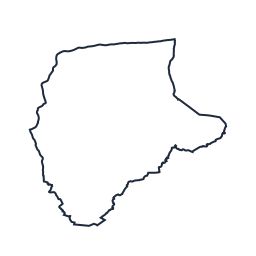 the district of Bikita, Masvingo, Zimbabwe, rotated 258°
{"feature_id": "62879985B26822606878793", "entity_name": "Bikita", "entity_type": "district", "adm_level": 2, "iso_a3": "ZWE", "parent_name": "Zimbabwe", "parent_adm1": "Masvingo", "projection": "equal_earth", "projection_center": [31.804, -20.202], "detail": "fine", "context": "isolated", "style": "outline", "palette": "slate", "viewbox_px": 256, "rotation_deg": 258, "n_neighbors": 0, "source": "geoboundaries", "source_scale": "gbopen_adm2", "svg_char_len": 5621}
<svg xmlns="http://www.w3.org/2000/svg" viewBox="0 0 256 256"><g transform="rotate(258 128 128)"><path d="M215.9,77.0L215.6,76.6L214.8,74.4L213.8,73.3L211.8,72.4L209.5,72.0L207.5,72.0L206.5,71.7L205.4,71.5L204.0,70.1L203.4,69.1L203.0,67.9L202.2,67.2L201.7,66.9L199.8,66.6L198.8,65.6L197.7,64.3L197.1,63.8L195.8,62.2L194.0,61.3L191.3,59.5L190.8,58.7L189.9,54.1L189.5,53.3L188.8,52.7L187.6,52.3L183.1,52.6L178.6,52.1L172.7,52.6L172.3,52.8L170.3,52.9L169.8,52.8L169.6,52.7L169.3,52.2L169.2,51.1L168.7,49.9L168.0,49.5L167.4,48.5L166.4,44.5L166.1,44.2L165.6,43.8L164.4,43.6L163.4,42.6L161.8,42.1L161.0,42.2L159.4,42.8L156.8,42.9L154.9,42.4L152.5,41.0L152.1,41.1L151.7,41.0L150.7,40.1L148.9,38.8L148.3,38.0L147.8,37.2L147.4,35.3L146.9,33.7L146.8,31.7L146.4,31.8L144.7,31.7L141.8,32.6L139.1,32.9L138.0,32.9L137.4,33.1L136.0,34.0L133.3,34.5L131.6,34.7L130.9,34.2L130.4,34.0L125.9,34.9L124.1,36.0L120.0,36.5L117.1,38.2L116.5,38.4L115.3,38.2L114.0,37.2L113.2,36.8L111.1,36.8L108.3,37.0L107.5,36.8L106.6,36.7L104.4,35.9L103.2,36.0L101.4,35.5L100.1,35.3L99.3,35.1L99.1,35.1L98.8,35.5L98.2,35.5L97.1,35.1L96.1,35.2L94.2,34.7L93.3,34.6L93.1,34.7L92.8,35.7L92.1,36.8L91.5,38.0L91.0,38.1L90.5,37.8L90.2,37.8L89.9,38.7L89.7,38.7L89.3,38.3L89.0,38.4L88.9,38.9L89.0,39.6L89.0,40.1L88.8,40.4L88.3,40.8L88.1,41.7L87.7,41.6L86.9,41.8L86.4,41.2L85.6,40.4L84.8,40.4L83.9,39.6L83.5,39.4L82.2,37.7L81.9,37.5L81.4,37.9L81.1,38.8L80.7,42.1L80.3,42.8L79.5,43.2L78.9,43.6L77.0,43.8L75.9,44.5L73.0,45.2L72.7,45.6L72.6,46.6L72.3,47.1L67.5,48.3L66.7,46.9L66.1,45.4L65.4,44.4L65.0,44.3L63.8,44.9L63.0,45.8L62.4,45.8L61.7,46.6L60.9,47.2L60.6,47.2L60.4,46.6L60.0,46.6L59.6,47.6L58.5,48.3L58.2,48.3L57.7,48.0L57.4,48.1L57.4,48.3L56.9,48.2L56.6,47.7L56.3,47.7L56.2,47.5L53.9,51.5L54.0,53.1L53.9,53.2L52.3,52.2L50.7,52.2L47.9,53.3L46.6,56.1L44.9,55.2L40.4,69.6L41.4,74.7L39.9,77.1L39.2,77.6L42.8,86.2L45.9,82.7L46.5,84.1L46.7,84.3L46.8,84.7L47.1,85.1L47.9,87.3L48.3,87.8L49.1,89.4L49.3,89.4L49.3,89.9L50.2,90.9L50.6,91.6L51.5,92.4L51.4,93.3L52.0,94.1L52.0,96.6L53.0,96.9L53.8,96.2L54.3,96.6L54.8,96.8L55.8,98.2L56.4,98.7L57.1,98.6L57.7,97.9L58.2,98.2L59.3,97.7L59.8,97.7L60.8,98.2L61.6,99.8L61.9,99.8L62.4,99.1L62.7,99.1L63.3,99.7L64.8,102.7L64.8,103.4L65.1,104.5L64.1,105.5L64.1,106.0L63.9,106.5L64.7,108.2L64.8,108.5L64.7,108.7L65.9,109.5L66.9,110.5L68.7,112.0L70.3,113.9L71.0,115.1L72.0,114.8L72.5,115.1L72.8,116.0L74.4,116.7L75.1,117.4L75.3,118.0L75.3,118.8L75.5,119.3L75.1,120.1L74.7,121.1L75.2,123.8L74.8,127.3L74.6,127.9L74.9,129.1L74.6,130.0L74.8,130.8L74.8,132.4L75.0,132.7L75.6,132.9L76.5,133.5L76.9,134.1L77.4,135.1L77.4,136.6L77.5,137.0L78.3,137.3L78.9,137.9L80.0,138.5L79.8,139.1L79.8,139.8L79.4,141.2L79.3,142.2L79.0,143.3L78.6,145.1L78.2,148.7L78.3,149.6L78.7,149.7L79.1,149.4L80.4,149.9L81.8,149.8L82.9,149.9L83.1,150.0L83.3,150.3L83.2,151.8L83.6,152.6L84.3,153.2L85.0,153.4L85.4,153.7L86.2,153.8L86.4,154.2L86.4,154.7L86.8,154.7L86.9,154.9L87.0,155.3L86.6,155.9L86.4,156.7L87.3,157.8L87.5,158.4L87.7,158.7L87.7,158.8L88.1,158.7L88.4,157.8L88.6,157.7L89.0,157.9L90.0,158.8L89.9,159.8L90.2,160.7L90.3,160.6L90.5,160.0L90.8,159.8L91.1,160.2L91.1,161.1L91.4,161.5L92.7,161.8L93.0,162.4L94.7,163.2L95.4,164.0L96.0,164.4L96.8,165.5L98.2,166.4L99.5,166.7L99.6,166.9L99.5,167.5L99.3,168.3L99.3,169.4L99.7,169.8L100.3,169.8L101.2,170.8L100.6,171.3L99.9,170.8L99.3,170.8L99.0,171.0L98.1,171.2L97.3,172.0L97.2,172.4L97.2,172.7L96.9,172.8L96.5,173.5L95.9,173.8L95.6,175.0L95.2,175.5L95.1,175.8L95.1,176.0L95.4,176.5L95.7,177.2L95.7,177.6L95.5,178.0L94.1,179.4L93.9,180.0L93.8,182.0L93.6,182.5L92.9,183.7L91.7,185.1L91.1,186.2L91.6,186.3L92.0,187.0L94.6,194.7L94.6,195.1L94.3,196.1L94.3,196.6L94.4,197.0L94.8,197.3L94.8,197.7L94.2,198.5L94.0,199.6L93.7,200.3L93.6,201.0L93.7,201.4L94.2,201.9L94.7,202.0L95.2,201.6L95.5,201.6L95.7,201.9L95.8,202.3L95.4,202.9L95.4,203.4L95.5,203.8L95.4,205.2L95.8,205.6L96.1,206.2L96.2,207.0L96.8,209.1L96.8,210.6L97.0,211.0L97.8,211.1L98.2,211.4L98.6,213.1L98.9,216.1L99.4,217.0L100.1,217.4L100.3,218.0L101.0,218.3L102.8,219.1L103.5,219.7L103.5,220.0L103.0,220.2L102.7,220.5L102.6,221.2L102.8,221.7L103.1,221.7L104.0,221.3L104.8,221.2L105.2,221.3L105.5,221.7L106.1,221.9L108.4,223.3L108.8,223.8L109.3,224.1L109.3,224.3L112.1,224.3L119.4,220.0L122.7,211.8L124.0,208.1L126.2,200.6L135.8,192.3L145.2,184.0L145.3,183.8L145.4,183.0L145.9,183.2L146.8,182.2L148.0,181.6L149.5,180.2L150.7,179.6L151.8,179.6L152.7,180.5L153.9,180.9L154.5,181.3L154.8,181.3L154.8,181.5L159.5,181.5L163.5,181.1L165.0,180.5L167.2,180.3L167.5,180.1L169.8,180.1L170.2,179.9L171.0,179.9L171.1,179.7L173.4,179.7L175.3,180.1L177.4,180.1L178.8,180.5L179.2,180.5L180.0,180.9L180.3,181.3L180.9,181.5L182.3,182.3L183.0,182.5L183.5,182.8L184.6,183.2L185.2,184.2L185.5,184.4L185.9,185.4L186.9,186.1L187.0,186.5L188.2,187.5L189.2,187.7L189.3,187.9L190.1,187.9L195.1,189.2L195.9,189.2L196.5,189.4L196.9,189.8L198.0,190.0L199.2,190.8L199.8,191.0L200.3,191.3L201.8,191.5L202.0,191.7L202.9,191.7L203.2,191.9L204.1,191.9L204.1,192.1L205.2,192.1L205.4,187.7L205.9,184.1L205.9,182.8L206.1,181.1L206.1,177.4L206.5,175.2L206.5,173.8L206.8,171.8L206.9,169.7L207.3,166.3L207.4,164.2L208.3,160.7L208.3,159.9L208.6,158.9L208.6,158.0L209.1,156.6L209.4,155.4L209.5,153.4L210.5,149.3L211.0,145.0L211.9,142.8L212.1,141.0L212.1,139.4L212.4,138.7L212.7,131.7L213.3,129.0L213.5,126.1L213.4,124.4L213.9,122.1L215.3,118.4L215.6,116.8L215.4,112.8L215.4,110.4L215.9,105.9L215.9,105.0L215.6,103.7L215.7,101.3L215.9,99.5L216.8,97.0L216.7,95.2L216.3,94.0L215.6,91.2L215.3,87.7L215.4,85.5L216.5,81.7L216.5,80.0L215.9,77.7L215.9,77.0Z" fill="none" stroke="#1e293b" stroke-width="2"/></g></svg>